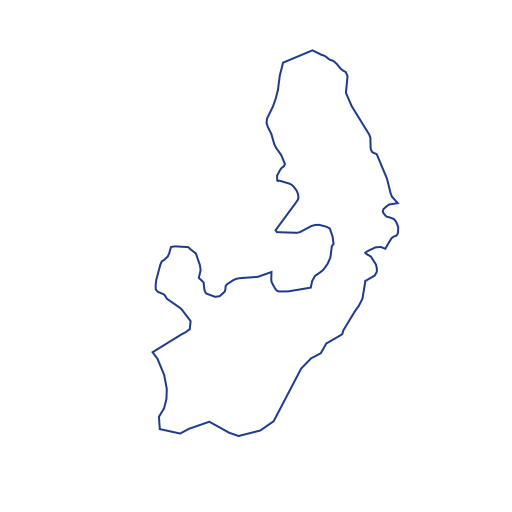 Risaralda, orthographic projection, rotated 239°
{"feature_id": "COL-1401", "entity_name": "Risaralda", "entity_type": "Department", "adm_level": 1, "iso_a3": "COL", "parent_name": "Colombia", "parent_adm1": "", "projection": "orthographic", "projection_center": [-75.783, 5.124], "detail": "fine", "context": "isolated", "style": "outline", "palette": "blue", "viewbox_px": 512, "rotation_deg": 239, "n_neighbors": 0, "source": "natural_earth", "source_scale": "10m", "svg_char_len": 2370}
<svg xmlns="http://www.w3.org/2000/svg" viewBox="0 0 512 512"><g transform="rotate(239 256 256)"><path d="M226.8,117.8L227.2,152.1L226.9,156.3L227.3,159.8L227.3,161.4L233.8,166.4L247.5,164.9L250.3,164.3L265.2,157.6L269.5,157.6L271.1,156.9L275.4,153.7L277.2,153.0L279.2,153.0L282.6,154.9L286.8,158.1L297.9,169.6L300.0,172.6L299.9,175.2L301.0,180.1L303.2,183.2L307.5,187.8L305.9,191.7L298.5,202.5L295.8,203.2L289.1,205.8L277.0,203.2L273.7,201.8L272.1,201.0L266.7,195.7L260.4,197.5L253.7,194.4L251.1,193.9L249.3,194.1L242.0,200.0L240.3,204.1L241.0,208.2L241.7,211.0L243.3,212.7L246.0,214.6L246.7,216.7L247.0,224.2L246.6,227.2L245.5,230.4L237.2,246.8L234.3,261.0L227.7,256.8L225.4,255.9L218.6,255.6L215.5,256.0L213.8,257.4L209.1,265.3L200.7,286.7L205.6,291.2L208.6,296.4L208.9,302.4L209.3,305.2L209.9,307.6L212.4,313.3L216.4,319.0L225.2,325.9L226.5,328.8L233.4,331.7L241.5,333.4L244.4,331.8L250.1,326.3L252.1,322.8L253.2,318.9L253.8,306.1L254.8,303.0L265.7,286.2L268.0,286.0L281.1,317.5L282.8,321.1L284.2,322.4L287.0,323.8L290.8,324.5L296.0,324.0L298.8,323.2L300.8,321.9L308.5,314.9L308.8,314.3L308.8,313.6L309.7,313.1L311.1,313.8L314.1,315.5L317.7,321.7L318.4,324.0L318.5,326.0L320.0,328.2L329.8,329.6L338.4,328.9L342.7,329.3L352.7,332.0L360.7,332.6L364.6,333.6L368.1,336.2L375.4,347.5L380.6,353.8L387.1,360.4L398.4,369.3L407.8,378.8L403.2,410.3L394.9,415.6L393.2,417.2L390.8,418.6L387.7,419.7L386.2,420.4L383.9,422.3L381.8,423.4L378.6,424.2L372.7,425.1L369.9,426.2L367.7,427.6L365.0,427.4L362.9,427.0L349.5,417.1L335.2,415.2L301.6,415.6L298.3,414.9L290.7,410.5L288.1,409.3L285.2,409.1L281.0,411.9L254.9,408.1L240.5,403.7L236.8,403.1L228.3,404.7L231.5,396.9L231.4,393.8L230.5,389.3L229.0,387.7L227.1,387.3L223.8,387.8L222.1,388.5L220.7,390.0L218.8,391.6L216.5,393.3L213.0,393.7L207.6,392.8L203.5,390.2L201.7,388.4L201.2,386.6L201.4,385.4L201.7,384.3L201.5,381.5L198.8,376.2L195.6,370.6L199.6,367.5L201.9,362.7L202.7,354.3L202.5,351.4L201.2,351.5L196.3,354.2L186.7,354.4L182.9,353.1L180.2,351.4L178.1,347.7L178.3,336.8L175.3,334.4L164.6,325.3L160.0,317.9L158.1,313.1L147.3,292.6L144.5,289.6L144.8,271.2L139.3,261.5L139.9,250.5L136.3,236.8L105.3,186.1L104.2,169.8L110.7,148.3L118.3,142.0L138.0,130.6L142.4,109.6L142.9,99.5L157.2,84.4L168.2,90.0L172.8,98.8L179.7,105.7L188.1,111.1L201.3,116.0L218.6,118.6L226.8,117.8Z" fill="none" stroke="#1e3a8a" stroke-width="2"/></g></svg>